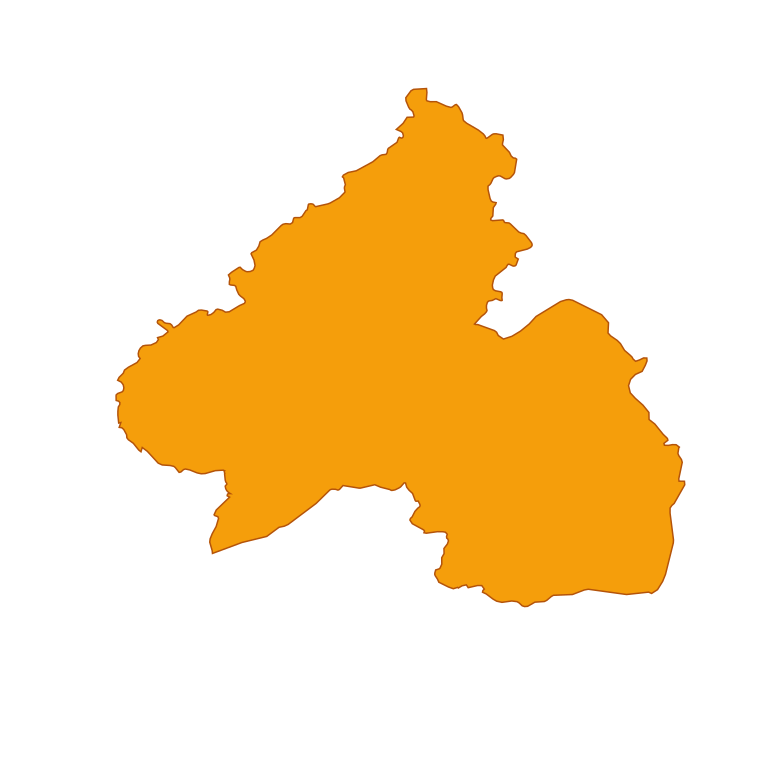 Rheinland-Pfalz, Robinson projection, rotated 344°
{"feature_id": "DEU-1580", "entity_name": "Rheinland-Pfalz", "entity_type": "State", "adm_level": 1, "iso_a3": "DEU", "parent_name": "Germany", "parent_adm1": "", "projection": "robinson", "projection_center": [7.376, 49.945], "detail": "fine", "context": "isolated", "style": "filled", "palette": "amber", "viewbox_px": 768, "rotation_deg": 344, "n_neighbors": 0, "source": "natural_earth", "source_scale": "10m", "svg_char_len": 6171}
<svg xmlns="http://www.w3.org/2000/svg" viewBox="0 0 768 768"><g transform="rotate(344 384 384)"><path d="M120.4,348.5L118.2,348.4L119.6,340.6L120.7,336.8L122.3,332.8L124.3,331.0L125.0,329.1L124.2,327.4L122.0,326.0L123.2,321.5L123.6,320.6L125.5,319.7L129.9,319.4L131.6,318.5L132.9,315.9L133.1,312.8L131.9,309.7L129.0,307.0L131.2,304.6L136.3,301.8L138.4,299.1L143.0,297.4L152.5,295.3L156.6,292.3L155.7,289.8L156.1,287.1L157.6,284.4L159.8,282.3L162.8,280.9L165.3,281.1L170.7,282.3L176.6,281.4L179.4,279.1L179.1,277.0L184.6,277.0L190.7,274.4L190.8,273.6L190.3,272.5L183.3,263.4L183.1,262.0L184.0,260.7L185.5,260.4L186.5,260.7L188.1,261.7L189.8,264.5L191.2,265.5L194.9,267.0L196.1,268.6L197.0,271.6L197.8,272.0L202.9,270.6L213.3,264.5L223.2,263.0L226.0,262.0L228.9,262.6L234.1,265.1L234.6,266.1L233.2,268.8L233.4,269.3L234.7,269.5L236.9,269.5L240.1,268.3L243.1,266.2L244.8,266.2L248.8,268.5L251.5,271.3L255.2,271.9L266.7,268.8L272.1,268.0L273.2,266.9L273.5,265.9L272.8,263.3L270.2,259.8L269.1,257.7L268.4,253.0L268.4,249.2L267.4,248.0L263.8,246.5L262.8,245.6L263.5,243.2L264.7,240.8L264.9,239.2L264.5,236.3L268.2,234.6L276.6,232.0L277.9,232.1L279.5,235.0L282.2,237.7L283.5,238.4L286.5,239.0L289.5,238.6L291.1,237.1L292.7,234.6L293.2,229.1L292.1,222.2L293.1,221.3L298.3,220.1L301.7,216.9L304.1,213.1L307.2,212.2L311.1,211.7L317.2,209.8L328.9,203.3L331.0,202.6L333.8,202.8L338.0,204.4L340.6,203.6L342.8,199.9L343.4,199.5L344.3,199.5L349.1,200.9L351.5,200.3L356.8,195.8L358.3,195.4L360.8,190.6L361.3,190.3L363.4,190.6L364.9,191.3L365.6,191.9L366.5,193.9L367.2,194.7L379.6,195.4L382.1,195.2L392.4,192.7L399.2,188.9L399.5,188.4L399.9,184.8L400.4,183.6L401.8,181.8L402.0,174.8L401.1,173.4L402.6,172.0L407.9,170.8L416.1,171.4L434.5,167.3L443.2,163.4L445.3,163.2L449.3,163.8L450.8,162.5L452.3,159.4L453.3,158.6L463.1,155.3L465.7,151.8L466.4,151.2L466.9,151.1L468.4,152.4L469.6,152.4L470.5,151.8L471.1,150.5L471.1,147.7L470.0,146.0L466.0,142.7L474.2,138.7L479.7,134.0L485.7,135.5L486.2,135.4L486.8,134.6L486.8,130.3L485.8,128.2L484.7,127.0L484.0,124.7L483.2,117.9L483.9,114.8L490.7,109.6L493.6,108.9L506.3,111.7L505.6,115.6L503.2,122.0L503.1,122.9L503.4,123.7L506.3,125.4L512.1,127.0L520.5,134.1L524.6,136.6L526.1,136.5L529.5,135.2L530.7,135.3L532.1,138.0L533.7,144.7L533.7,147.0L533.0,151.6L533.1,152.8L535.4,156.2L544.7,165.9L548.4,171.0L549.4,173.4L549.7,175.6L550.4,176.1L551.5,175.9L557.0,173.9L558.4,173.8L560.8,174.4L566.9,177.5L566.1,182.0L564.3,185.3L563.8,186.9L568.4,195.8L569.1,199.9L570.6,202.3L572.6,203.2L573.5,204.5L567.7,216.7L566.2,218.2L562.8,220.3L561.1,220.9L558.1,220.6L556.8,219.9L553.0,216.0L551.3,215.4L549.2,215.5L546.7,215.9L545.4,216.7L542.2,220.4L540.9,221.4L538.5,222.5L537.6,225.8L537.1,234.9L537.5,237.6L538.7,239.0L541.8,240.6L541.0,241.9L537.7,244.6L534.9,252.5L532.2,254.4L531.8,255.7L533.3,256.9L543.3,259.0L544.0,259.6L544.3,261.6L544.8,262.2L548.6,263.7L549.7,265.1L555.4,275.0L557.5,276.8L559.9,278.0L561.4,280.3L564.7,288.7L564.9,290.4L564.4,291.9L562.6,293.1L559.0,293.8L547.9,293.5L546.3,294.7L545.2,297.6L545.2,298.3L547.5,300.9L543.8,306.0L542.9,306.5L541.4,306.5L540.3,306.0L537.5,303.5L536.4,303.1L534.9,304.1L533.5,305.6L520.7,310.9L518.0,314.0L515.4,318.8L515.0,321.3L515.1,323.3L516.8,325.1L521.6,327.5L522.6,328.5L522.5,329.8L521.1,333.5L520.7,336.1L520.2,336.3L518.8,335.8L515.1,332.8L511.1,333.5L507.9,333.1L506.9,333.3L505.8,334.1L504.2,336.6L503.4,339.3L503.3,341.7L502.4,342.8L500.1,344.3L496.2,345.9L487.5,351.3L488.3,352.0L490.5,352.7L504.9,363.1L506.5,365.3L507.2,368.9L511.2,373.7L520.1,373.4L529.7,370.8L540.2,366.3L548.8,361.0L576.4,353.4L582.4,353.3L585.1,353.8L588.4,355.5L612.3,377.4L616.7,387.0L613.4,396.7L615.1,400.2L620.2,406.4L622.4,410.3L624.5,418.0L628.7,424.4L629.9,426.6L630.3,428.6L632.1,431.5L636.2,431.3L640.7,430.5L643.8,431.5L643.2,434.3L640.3,438.1L635.6,443.0L628.3,444.1L622.3,447.5L618.6,453.0L618.3,460.4L621.6,467.0L627.1,475.7L630.8,484.4L629.0,491.2L633.3,497.1L638.4,509.2L641.4,514.4L641.4,516.3L636.7,518.2L636.7,520.2L640.5,521.4L644.6,521.8L648.1,522.9L650.5,526.1L649.8,526.6L647.4,531.7L647.6,534.0L649.1,538.6L649.1,541.5L641.2,556.4L640.8,558.7L646.0,560.3L645.3,563.8L630.0,578.8L627.2,580.1L624.8,582.1L623.4,586.9L619.3,613.7L618.3,616.5L602.1,644.6L597.4,650.6L590.2,657.1L583.5,659.1L581.0,657.0L559.1,653.2L523.8,637.6L519.8,637.2L507.1,638.3L488.6,633.8L486.2,634.4L480.9,636.8L478.2,637.3L468.9,635.3L460.8,637.3L457.8,636.7L455.7,635.3L453.5,631.6L451.9,629.9L447.0,627.8L437.2,626.4L432.4,623.8L429.5,620.8L424.4,614.0L421.3,611.3L422.2,609.7L423.9,608.8L422.4,604.7L418.4,603.5L408.8,603.0L407.8,599.8L403.5,599.5L399.2,600.6L398.7,599.8L394.2,599.9L390.0,596.9L382.1,589.7L381.6,586.3L380.4,582.4L380.3,581.1L380.7,579.8L382.4,577.0L385.9,576.9L387.0,576.5L389.9,573.1L391.6,566.9L395.0,563.6L396.3,558.6L400.8,555.3L402.7,552.6L402.6,550.6L401.8,549.4L402.1,547.8L403.4,545.9L402.2,543.4L400.0,542.3L394.7,540.7L383.6,539.1L381.4,538.0L382.4,536.5L381.9,535.2L372.7,526.1L371.4,521.9L372.4,520.5L374.4,519.5L378.7,514.9L382.2,512.7L384.5,511.8L385.2,510.8L385.3,509.5L384.6,506.0L382.4,505.5L381.9,504.7L381.3,497.1L378.8,493.0L377.4,489.4L377.4,485.1L376.8,484.8L376.1,484.6L371.6,487.5L369.6,488.1L365.4,488.8L363.0,488.6L361.7,488.3L360.4,487.0L352.2,482.2L347.4,478.3L332.8,477.6L331.3,477.2L316.6,470.3L312.1,473.1L310.5,473.3L308.5,471.9L305.5,470.9L304.1,470.7L302.8,470.9L285.8,480.1L253.1,492.6L248.9,493.2L243.6,492.8L229.3,498.2L203.8,497.2L172.4,499.6L172.9,496.9L172.9,488.0L174.2,484.9L177.6,480.6L183.4,474.7L187.9,467.6L187.7,465.7L185.0,463.8L184.6,462.9L188.0,458.9L204.4,450.2L202.4,448.2L203.2,446.8L204.2,446.4L206.1,447.0L204.6,445.3L203.5,443.3L203.0,441.0L203.2,438.4L205.4,436.9L205.4,435.8L204.9,434.5L204.9,432.6L206.0,426.4L206.3,426.2L206.3,423.9L206.9,423.5L205.7,422.5L198.0,420.8L187.4,420.8L183.5,419.9L179.8,417.9L173.5,413.0L169.7,411.0L167.8,411.0L164.5,412.6L162.7,412.5L160.3,406.7L159.2,405.2L156.0,403.4L148.5,400.7L145.1,397.8L137.9,383.4L134.1,378.4L131.7,382.2L130.0,379.8L126.7,371.9L122.9,367.1L122.0,364.8L122.6,361.8L121.3,356.0L119.9,353.8L117.5,352.7L120.4,348.5Z" fill="#f59e0b" stroke="#b45309" stroke-width="1.5"/></g></svg>